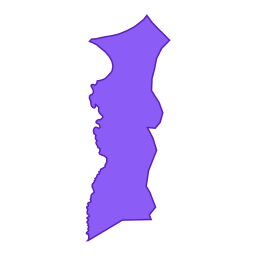 outline of Chari, Chari-Baguirmi, Chad
{"feature_id": "50815135B55510615891344", "entity_name": "Chari", "entity_type": "district", "adm_level": 2, "iso_a3": "TCD", "parent_name": "Chad", "parent_adm1": "Chari-Baguirmi", "projection": "orthographic", "projection_center": [15.102, 11.728], "detail": "fine", "context": "isolated", "style": "filled", "palette": "violet", "viewbox_px": 256, "rotation_deg": 0, "n_neighbors": 0, "source": "geoboundaries", "source_scale": "gbopen_adm2", "svg_char_len": 4079}
<svg xmlns="http://www.w3.org/2000/svg" viewBox="0 0 256 256"><path d="M169.6,40.2L169.1,39.8L163.9,34.5L158.8,29.5L152.1,22.6L146.8,15.4L143.6,19.6L139.1,23.2L134.4,26.8L127.1,30.7L118.8,34.1L111.8,35.8L104.1,37.0L103.3,37.2L99.2,38.1L97.6,38.5L96.3,38.7L94.8,38.9L93.8,39.0L93.0,39.1L91.7,39.1L89.5,41.3L91.1,42.1L92.0,42.3L96.7,44.7L99.4,46.9L101.9,49.1L103.6,50.4L105.4,51.9L107.8,54.8L109.1,56.3L110.6,58.7L112.1,61.7L113.0,66.4L112.0,71.0L110.7,73.0L109.9,73.6L108.1,75.7L106.1,77.8L105.1,78.6L103.0,79.6L99.2,80.7L98.3,80.8L97.2,81.0L97.2,81.6L96.6,83.3L96.5,83.6L96.3,83.9L96.2,84.0L96.0,84.4L95.7,84.6L95.2,85.1L94.5,85.1L93.1,84.5L91.9,84.6L91.4,85.1L91.1,85.8L91.3,86.4L91.5,86.8L93.1,89.8L93.4,91.5L93.3,92.6L92.7,93.6L92.4,93.9L92.4,94.0L92.0,94.3L91.1,94.8L90.7,94.9L90.6,95.0L90.4,95.2L90.1,95.6L89.8,95.8L89.5,96.8L89.5,97.0L89.4,97.7L89.7,99.2L90.3,100.3L90.6,101.0L90.7,101.8L90.8,102.3L91.1,104.8L91.6,106.1L92.2,106.7L92.6,107.2L92.9,107.5L93.8,107.9L94.2,107.9L94.8,107.7L95.2,107.3L95.3,106.9L95.3,106.6L95.5,106.0L95.5,105.9L95.3,104.8L95.6,104.5L95.7,104.4L96.2,105.0L97.3,106.2L97.5,106.3L97.9,106.6L98.3,106.8L98.6,107.0L98.8,107.8L98.8,108.1L98.6,109.5L98.7,111.2L99.1,112.0L99.5,112.9L100.8,114.3L100.9,114.5L102.3,115.6L102.7,116.2L102.7,116.4L102.7,116.8L102.6,117.3L102.4,117.7L102.0,118.3L101.5,119.0L101.3,119.0L100.8,119.3L100.3,119.6L100.1,119.7L99.6,119.7L98.3,119.8L97.6,120.1L97.4,120.2L96.5,121.1L96.3,121.2L96.2,121.7L96.0,122.1L96.3,122.7L96.3,122.8L96.6,123.0L97.2,123.5L97.7,123.7L98.8,124.1L99.2,124.5L99.3,124.6L100.1,127.0L99.8,127.7L99.2,128.2L98.8,128.1L98.3,128.1L98.2,128.0L97.9,127.9L96.6,127.3L96.1,127.2L95.7,127.2L95.3,127.4L94.9,127.6L94.2,128.3L93.6,129.9L93.5,130.1L93.5,131.1L93.6,131.5L93.7,132.0L93.9,132.1L93.8,132.5L93.8,132.8L94.0,133.4L94.1,133.9L94.5,134.0L94.9,134.1L95.7,135.0L96.0,135.5L95.6,135.9L95.5,136.1L95.6,137.1L95.5,137.8L95.5,138.2L95.6,138.9L95.6,139.1L95.8,139.3L96.7,140.2L96.8,140.3L97.0,140.5L96.9,140.6L96.4,141.9L96.3,142.0L96.1,142.4L96.0,142.8L96.3,143.8L96.5,144.2L97.3,145.4L97.4,145.7L97.7,147.1L97.9,147.5L98.0,147.6L98.2,147.8L99.4,148.2L99.5,148.4L99.9,148.8L99.9,150.1L99.9,151.3L99.6,151.8L99.4,152.2L99.1,152.7L99.6,153.9L99.9,154.1L100.1,154.3L104.3,155.9L105.8,157.0L106.8,158.2L106.8,158.7L106.8,159.6L106.8,160.5L106.8,161.8L106.7,162.1L106.6,162.3L106.4,162.6L105.9,163.7L105.8,163.9L105.0,165.4L105.1,165.7L105.2,166.7L105.0,166.9L104.6,167.2L104.5,167.3L102.0,168.6L101.1,169.1L100.7,169.3L100.6,169.7L100.5,170.3L100.3,171.0L100.2,171.1L99.9,171.3L99.4,171.6L98.9,171.8L99.1,172.7L99.2,173.3L99.4,173.8L98.3,174.3L97.9,174.5L97.4,174.7L97.2,175.3L96.9,176.2L96.8,176.5L96.7,176.8L96.5,177.4L96.2,177.6L95.0,178.6L95.2,179.2L95.4,179.8L95.5,180.0L94.4,180.9L94.2,182.0L93.3,183.2L92.3,184.4L92.2,186.2L92.1,186.4L92.1,186.7L92.6,187.6L92.7,187.8L93.6,190.0L93.8,190.5L94.2,191.9L94.2,192.0L94.1,192.3L94.0,192.5L92.3,193.7L91.8,194.4L91.4,194.8L91.3,195.0L91.0,196.3L91.1,196.5L90.9,198.0L90.7,198.4L90.3,199.4L91.0,200.9L91.1,201.4L91.1,201.5L90.5,202.1L88.8,202.6L88.1,203.1L87.9,203.3L87.7,203.6L88.4,205.2L88.4,205.3L88.4,205.6L88.3,206.1L87.2,206.4L87.0,206.7L86.7,207.0L86.7,207.7L87.6,208.8L87.7,209.2L87.7,209.3L87.4,210.7L87.1,213.1L87.3,213.5L87.4,214.0L87.6,214.1L87.9,214.2L89.1,215.4L89.2,215.8L89.3,216.0L89.2,216.3L89.1,216.6L87.3,217.5L86.9,218.0L87.0,218.4L87.9,219.0L88.3,219.6L88.3,219.8L88.3,220.2L87.7,221.0L87.0,222.0L87.1,222.7L87.3,222.9L88.0,223.5L88.2,224.4L87.8,225.4L88.2,225.8L88.3,225.9L88.9,226.8L88.8,227.4L88.0,228.2L88.1,228.4L88.2,228.6L88.0,229.4L88.6,230.3L88.5,230.9L86.6,232.7L86.4,233.3L86.6,233.6L86.7,233.8L87.6,234.0L88.2,234.1L88.6,235.7L88.9,237.0L88.8,237.4L88.8,238.4L88.6,238.7L88.4,239.2L88.0,240.6L87.9,240.6L96.2,235.7L122.3,220.1L151.1,219.5L149.3,214.9L155.6,207.1L153.7,202.5L149.9,192.5L146.2,186.3L148.5,170.7L156.6,150.3L153.0,138.4L147.4,127.5L155.2,128.2L160.1,122.5L162.8,112.7L159.0,102.4L151.5,90.7L152.0,78.7L154.6,68.4L156.5,58.6L161.5,48.5L169.6,40.2Z" fill="#8b5cf6" stroke="#5b21b6" stroke-width="1.5"/></svg>